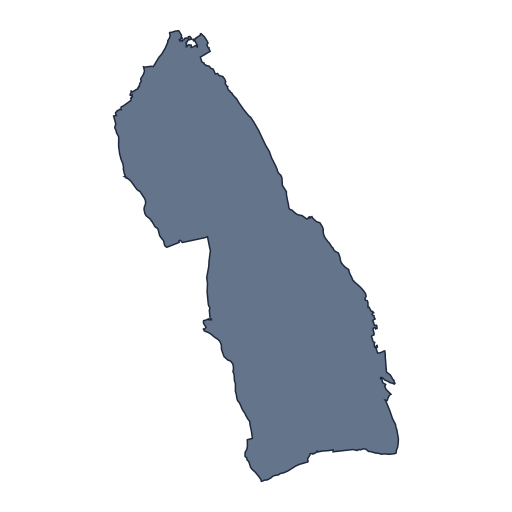 Izvoru Berheciului, Bacau, Romania
{"feature_id": "2599482B69933223612688", "entity_name": "Izvoru Berheciului", "entity_type": "district", "adm_level": 2, "iso_a3": "ROU", "parent_name": "Romania", "parent_adm1": "Bacau", "projection": "albers", "projection_center": [27.223, 46.591], "detail": "fine", "context": "isolated", "style": "filled", "palette": "slate", "viewbox_px": 512, "rotation_deg": 0, "n_neighbors": 0, "source": "geoboundaries", "source_scale": "gbopen_adm2", "svg_char_len": 5990}
<svg xmlns="http://www.w3.org/2000/svg" viewBox="0 0 512 512"><path d="M384.8,350.9L383.5,351.2L382.1,352.0L379.5,353.0L377.5,352.9L376.3,348.9L376.7,347.1L377.3,347.1L377.3,345.9L377.0,345.4L375.9,346.4L375.9,348.0L374.9,347.3L374.3,345.9L374.3,343.9L374.7,342.4L373.3,342.0L372.3,339.3L372.4,338.6L371.8,337.6L371.5,336.3L372.5,335.4L373.9,335.0L373.9,333.8L374.2,333.7L373.1,329.6L373.2,328.2L375.1,327.6L375.6,329.0L377.1,328.4L376.8,325.8L376.4,325.2L374.5,325.4L373.9,323.9L373.8,322.9L372.6,320.7L374.0,319.5L375.0,319.2L375.1,318.8L374.1,317.3L374.0,315.6L373.1,315.5L372.3,314.8L372.3,313.8L372.7,313.5L372.7,312.9L373.6,312.7L372.7,311.5L371.0,311.0L369.2,307.3L368.1,307.4L367.9,302.3L367.2,300.6L365.7,300.4L364.8,299.1L366.1,296.4L366.0,295.3L365.4,293.4L364.4,291.9L362.8,289.8L359.5,286.3L354.2,281.7L353.8,281.0L353.0,280.6L351.5,276.9L350.1,274.4L349.2,271.9L348.7,269.6L345.2,267.2L342.7,264.6L341.8,263.3L341.5,263.2L340.6,261.0L340.0,257.6L338.7,253.6L338.1,252.8L335.6,251.6L333.7,249.8L333.1,248.1L331.7,246.8L329.0,242.5L328.1,241.9L325.1,237.8L324.3,236.4L323.6,234.3L323.2,231.9L323.3,229.9L322.8,227.8L321.5,225.3L319.8,222.7L316.5,221.7L312.9,218.4L311.9,216.6L310.0,217.9L309.9,216.8L309.3,216.8L307.1,219.0L306.5,218.8L302.1,215.6L298.1,214.8L296.4,214.0L293.3,211.4L292.2,210.2L290.3,209.7L289.5,208.9L288.8,207.6L288.5,204.8L287.4,199.9L286.4,194.2L286.4,191.6L282.4,185.4L281.9,177.7L280.8,175.2L279.3,174.0L277.7,171.7L277.2,169.6L275.6,165.8L271.6,157.9L269.2,151.2L265.6,145.2L258.5,130.2L253.8,122.1L250.7,117.3L248.6,115.6L243.9,109.8L238.9,102.8L236.7,98.9L233.2,95.3L231.6,92.8L230.3,92.1L230.1,91.3L228.4,89.9L227.4,87.8L227.8,86.6L226.8,86.2L225.1,83.2L225.4,82.4L225.8,81.9L224.6,78.9L224.0,78.3L223.3,77.0L222.6,76.8L222.5,76.4L219.2,75.6L217.6,73.5L215.3,73.9L213.2,69.1L211.2,68.4L210.0,67.5L209.5,66.3L206.7,65.6L204.6,64.5L203.9,62.9L202.2,62.2L201.5,61.2L201.5,60.2L200.9,59.2L200.4,57.1L210.2,51.3L209.0,48.9L209.1,47.9L208.2,47.8L206.9,45.0L207.5,43.5L207.9,43.4L207.9,42.7L207.6,41.8L204.5,36.9L201.0,33.6L200.4,33.8L200.3,35.2L195.6,38.2L195.8,38.6L194.7,39.2L194.7,39.6L193.4,39.2L193.0,39.4L193.4,40.7L195.2,41.4L197.4,45.5L197.3,47.0L196.8,46.8L196.3,45.4L195.8,45.4L191.9,47.5L191.2,47.4L191.2,45.1L189.6,45.1L189.1,44.7L187.5,45.5L186.7,46.8L186.2,46.8L186.5,43.7L186.1,43.5L186.1,42.6L186.4,42.1L187.4,41.7L187.4,40.7L189.0,39.4L189.2,39.8L191.7,39.1L191.0,37.7L189.8,36.4L188.3,36.8L188.2,37.8L187.0,38.3L186.0,37.9L184.4,38.5L184.1,39.6L182.5,40.3L182.2,41.1L181.4,40.7L180.0,41.0L179.3,39.6L182.1,38.6L182.1,37.8L181.4,37.9L181.2,37.5L181.5,35.2L178.7,30.7L175.4,31.1L171.0,32.5L170.1,32.3L169.5,32.9L169.9,34.3L170.1,36.1L169.4,38.1L167.8,40.7L167.7,41.7L167.9,42.0L165.2,48.2L161.8,54.0L158.9,57.3L153.4,66.5L150.9,66.3L145.0,67.1L143.5,66.8L144.4,70.5L144.3,71.9L143.2,74.8L140.8,78.6L140.7,79.9L141.3,80.9L140.5,82.6L140.2,82.7L139.4,84.9L139.3,86.6L138.6,86.7L137.7,88.3L137.8,88.9L135.8,89.7L135.0,90.5L133.3,91.3L133.1,91.7L132.0,91.9L131.6,91.1L131.1,91.0L131.1,92.4L130.1,94.4L130.2,95.3L131.1,95.6L132.2,94.9L132.1,96.3L132.4,96.6L132.3,97.0L130.7,98.1L130.7,98.4L131.3,98.9L130.9,100.4L122.9,106.2L121.2,106.8L120.9,108.7L121.2,109.6L119.5,109.4L119.3,109.8L117.2,110.7L117.3,111.1L115.6,112.5L115.5,113.3L116.4,115.5L113.6,116.0L115.3,122.2L115.8,124.7L115.0,126.2L114.7,127.8L115.7,129.6L116.5,132.7L118.7,136.9L118.6,146.4L119.8,154.9L120.4,156.4L120.7,158.4L122.8,163.6L123.5,167.1L123.3,169.4L123.7,170.3L124.2,173.3L125.3,176.1L124.3,176.6L126.7,177.6L126.8,177.8L126.5,178.1L128.0,178.7L130.6,180.8L136.7,189.2L138.1,190.5L139.9,191.4L144.7,198.7L145.4,200.5L145.6,202.9L145.4,204.3L144.3,207.0L144.0,209.4L144.9,213.6L146.2,215.8L150.3,219.1L151.6,221.3L151.9,221.3L155.2,227.0L157.5,228.4L158.0,229.1L159.6,235.5L161.7,238.7L162.8,239.6L163.6,241.0L164.7,245.5L165.1,246.1L166.8,247.3L179.2,242.4L178.9,241.0L179.5,240.4L180.5,240.4L182.3,242.5L204.9,237.7L207.5,236.7L209.6,247.4L210.4,250.6L209.0,261.3L208.8,266.1L206.7,277.7L207.5,283.3L207.1,292.0L208.3,304.3L208.7,305.8L209.8,307.7L209.8,308.8L209.3,310.1L210.1,318.7L211.4,319.1L211.5,319.8L208.6,319.7L208.3,318.9L206.0,320.1L203.6,320.6L203.4,321.4L203.6,323.5L204.7,325.3L206.1,327.1L204.4,329.2L203.9,329.2L203.1,328.5L204.4,331.0L208.3,332.5L210.7,333.9L214.6,337.2L217.8,339.3L219.9,341.4L221.3,344.8L221.5,349.4L224.0,356.5L227.6,359.9L230.7,361.2L232.8,363.9L233.4,366.9L233.4,369.6L232.9,371.4L234.1,374.6L234.4,380.5L235.4,383.6L235.4,391.4L236.3,394.4L236.9,398.5L237.7,400.8L239.1,402.4L240.3,404.6L241.8,408.3L243.4,411.3L245.0,413.3L245.5,414.9L247.7,418.8L249.7,421.5L250.1,425.2L251.4,431.0L252.4,438.4L247.3,439.7L247.4,446.3L246.8,449.4L245.1,452.3L245.0,456.3L246.9,458.2L247.0,459.8L248.8,461.7L250.7,467.6L252.6,469.9L255.2,472.1L259.4,477.3L261.0,479.7L261.3,481.3L262.5,481.1L264.3,480.2L267.3,479.9L270.8,478.0L273.0,476.1L274.2,475.6L278.7,474.8L279.6,473.9L281.7,473.1L283.2,473.0L287.7,471.1L295.4,466.2L299.0,464.5L307.6,462.0L308.1,461.4L307.6,458.8L309.8,455.2L310.2,453.7L312.8,453.6L312.8,454.0L313.6,453.8L315.8,452.7L317.1,451.1L317.5,452.0L322.7,451.0L328.9,450.6L333.1,449.8L333.0,451.8L352.3,449.6L353.7,449.6L356.8,450.5L357.5,449.9L358.0,450.1L358.9,449.5L360.5,449.8L363.2,448.9L365.8,449.1L368.4,451.4L370.5,451.6L375.8,453.1L378.6,453.3L381.1,454.2L384.6,453.9L389.5,454.3L394.3,453.7L396.0,453.2L396.5,450.0L397.7,447.0L398.3,442.1L398.4,438.6L396.8,429.5L395.9,427.3L395.5,424.4L392.5,418.6L390.0,411.2L386.0,401.4L385.1,400.1L387.2,400.5L388.0,398.0L389.4,395.4L389.9,394.8L391.0,394.3L386.1,389.4L384.6,386.1L385.3,385.6L385.7,384.4L383.1,383.0L382.4,381.7L382.3,380.2L381.5,379.1L380.6,378.8L380.5,378.3L380.5,377.7L381.6,377.4L382.5,378.3L383.1,378.3L384.9,380.1L388.7,381.7L389.4,382.5L392.0,383.1L394.3,384.1L394.9,383.5L395.0,383.1L394.1,382.2L394.0,381.4L394.1,380.5L393.1,379.7L390.3,374.9L386.5,372.1L385.3,357.4L385.2,353.8L384.8,350.9Z" fill="#64748b" stroke="#1e293b" stroke-width="1.5"/></svg>